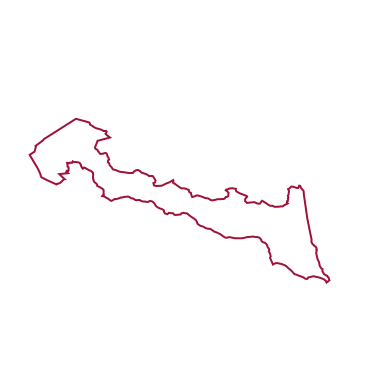 the district of San Miguel Amatlán, Oaxaca, Mexico, rotated 296°
{"feature_id": "50627088B29039475897325", "entity_name": "San Miguel Amatlán", "entity_type": "district", "adm_level": 2, "iso_a3": "MEX", "parent_name": "Mexico", "parent_adm1": "Oaxaca", "projection": "equal_earth", "projection_center": [-96.46, 17.2], "detail": "fine", "context": "isolated", "style": "outline", "palette": "rose", "viewbox_px": 384, "rotation_deg": 296, "n_neighbors": 0, "source": "geoboundaries", "source_scale": "gbopen_adm2", "svg_char_len": 5914}
<svg xmlns="http://www.w3.org/2000/svg" viewBox="0 0 384 384"><g transform="rotate(296 192 192)"><path d="M244.9,286.6L244.7,285.6L242.3,285.7L241.7,285.0L241.3,282.4L241.1,280.7L240.7,279.4L240.0,278.6L238.7,278.3L237.6,277.8L236.7,277.1L235.5,278.7L232.1,279.9L230.6,279.8L229.3,281.1L228.3,281.0L227.4,281.7L225.7,282.0L225.3,281.5L224.1,282.0L223.7,283.1L222.0,281.8L220.4,280.5L219.4,280.2L218.5,279.3L218.0,278.1L217.0,276.7L216.0,274.9L214.9,272.8L215.0,270.6L214.5,269.6L213.8,267.7L214.3,264.3L214.6,261.6L214.9,258.9L213.5,258.4L211.6,258.3L210.7,257.0L210.2,255.4L210.3,252.8L209.6,251.5L208.8,250.2L207.4,247.9L206.3,246.3L207.2,243.6L208.9,242.9L210.5,243.2L212.0,243.6L212.4,243.0L212.2,241.1L212.1,238.9L211.8,236.5L211.8,234.6L212.0,231.5L212.6,230.8L214.1,230.0L213.0,226.5L211.7,224.3L210.2,223.1L209.3,221.8L208.3,221.6L208.2,222.6L207.7,224.2L207.3,225.2L204.3,226.3L203.0,225.6L202.2,224.5L200.5,224.3L199.6,223.5L197.7,220.1L196.6,217.9L195.6,216.9L193.4,214.0L193.0,212.4L193.3,209.4L192.8,207.9L192.3,205.9L192.2,203.6L191.8,200.7L191.6,199.4L191.1,197.8L189.9,196.8L189.0,196.0L188.2,195.2L187.6,194.3L189.0,192.8L190.8,191.3L190.6,190.0L191.1,189.1L192.5,188.2L192.3,186.7L192.2,184.6L191.7,183.0L190.7,181.2L190.7,180.0L191.4,175.2L192.0,172.4L191.7,171.6L192.1,170.9L193.1,170.7L194.4,169.9L193.3,169.1L191.8,168.1L190.8,167.4L189.6,166.3L188.6,165.3L186.9,164.0L184.5,162.2L181.7,157.2L181.3,155.0L183.0,153.4L184.4,154.6L186.5,154.1L189.1,149.9L188.4,148.0L187.5,146.1L187.9,144.6L187.9,142.5L187.3,138.1L188.0,136.1L188.1,133.6L186.8,132.0L185.0,130.9L183.4,130.7L182.5,129.2L181.5,127.1L181.0,125.7L180.3,123.4L179.6,121.2L179.0,119.6L178.5,117.9L178.4,116.2L178.3,114.1L177.7,110.9L179.1,108.7L179.9,106.4L181.5,104.9L181.9,103.3L182.2,103.2L183.0,102.9L183.7,102.8L184.8,103.3L186.5,101.5L186.8,100.7L188.9,98.8L189.1,98.2L189.2,97.1L188.8,96.6L188.2,95.9L187.6,95.5L187.3,94.9L186.4,93.7L186.0,92.7L187.2,90.5L187.3,89.8L188.4,88.6L188.5,86.4L188.9,85.9L189.3,85.3L196.6,84.7L205.0,94.4L206.1,89.4L206.5,88.7L206.9,88.8L207.6,88.9L208.1,88.9L208.8,88.9L209.3,88.4L209.6,88.6L208.1,86.0L208.2,84.3L208.2,82.8L208.0,82.2L208.0,81.1L207.4,78.7L207.3,77.1L207.3,75.8L207.5,74.2L207.7,73.7L207.8,71.3L208.1,70.5L208.7,70.2L209.5,69.3L206.9,55.6L179.4,38.7L174.8,35.8L174.7,35.8L173.0,35.4L164.8,31.2L164.4,31.8L159.3,32.8L154.2,29.8L145.6,43.0L141.9,47.6L140.3,48.9L139.2,50.2L139.1,56.7L139.4,66.8L139.9,66.8L140.5,67.8L141.0,68.1L141.4,68.5L141.6,68.9L142.2,69.4L142.7,69.6L143.4,69.9L144.0,70.2L144.7,70.4L145.4,70.6L146.2,71.0L146.8,71.2L147.5,71.5L147.7,71.9L149.9,64.9L154.5,72.2L154.9,70.2L155.7,70.1L156.1,70.2L156.3,70.3L156.3,70.6L156.2,70.9L156.1,71.2L156.1,71.4L156.1,71.5L157.2,71.5L157.5,71.6L160.2,70.1L160.2,69.2L162.4,67.6L162.9,67.8L163.2,67.5L163.5,67.1L163.7,67.5L163.7,68.6L163.8,68.6L164.1,68.7L164.4,68.9L164.4,69.1L164.6,69.3L164.8,69.4L165.0,69.6L165.1,69.8L165.1,70.1L165.2,70.5L165.4,70.8L165.4,71.1L165.5,71.3L167.3,71.4L167.1,73.1L167.5,73.6L167.7,73.8L168.0,74.4L168.1,74.7L168.2,75.2L168.4,75.6L168.4,75.8L168.5,76.0L168.7,76.5L168.8,76.8L168.9,77.4L168.7,78.8L168.6,79.0L168.3,79.2L168.2,79.4L168.1,79.7L168.0,80.0L167.5,80.3L167.3,80.5L167.0,80.6L166.4,81.4L166.1,81.7L165.9,82.1L165.8,82.5L165.7,82.6L165.5,82.9L165.2,83.1L165.0,83.4L165.8,84.0L166.7,84.3L166.8,85.7L166.6,86.9L166.6,88.2L166.5,89.0L166.4,89.8L166.6,90.7L166.7,91.3L166.7,91.8L166.4,92.6L166.3,93.1L166.0,94.4L165.3,94.9L163.9,95.8L162.7,96.1L161.9,96.7L161.1,96.9L160.6,97.2L160.1,98.0L159.5,98.1L158.9,98.8L158.4,99.5L158.0,100.2L158.0,100.8L157.7,101.8L157.5,102.3L157.2,103.3L155.8,104.3L156.0,105.6L155.9,107.6L155.6,110.3L155.1,111.6L154.0,112.2L152.5,112.9L150.9,113.9L150.0,113.2L148.9,113.1L149.5,114.9L149.3,117.0L149.2,119.6L149.0,120.7L148.6,122.2L148.7,123.5L150.4,124.8L151.8,125.5L152.2,126.7L153.0,127.7L153.9,128.6L154.8,129.7L155.7,130.1L156.2,131.4L157.7,133.0L158.8,134.8L159.9,136.5L160.0,138.3L159.7,140.1L160.3,141.8L160.0,144.6L160.3,145.9L161.2,147.0L161.9,148.9L161.6,150.2L161.9,151.7L162.4,153.1L162.5,153.2L163.3,155.7L164.1,157.2L165.3,157.9L165.9,159.3L166.0,160.6L165.8,161.7L165.1,163.6L164.3,164.5L163.8,165.5L163.2,167.4L163.1,170.3L163.5,172.4L163.2,174.8L161.9,175.5L160.9,177.1L161.3,179.6L163.1,180.3L163.8,182.6L164.6,184.1L163.8,186.0L164.2,187.4L166.2,190.6L166.9,191.7L168.1,191.8L169.5,193.3L170.0,195.5L170.6,196.9L169.9,199.6L169.5,201.5L169.2,203.6L169.1,205.2L168.7,206.3L168.6,207.6L167.5,209.3L166.3,210.4L165.7,211.4L165.5,212.7L165.3,214.2L165.5,215.8L165.8,216.9L165.8,218.3L165.5,220.1L166.0,222.5L166.9,224.5L166.6,227.2L166.1,229.1L166.4,231.3L166.5,233.6L166.5,235.9L166.2,237.6L165.8,239.6L165.6,241.6L166.0,243.1L167.4,244.8L168.1,246.1L169.0,250.1L169.8,252.0L171.0,254.4L171.8,256.2L172.7,257.8L175.9,261.7L176.6,263.0L177.6,264.6L178.8,266.6L179.2,268.3L180.3,270.8L180.4,272.8L179.6,275.0L178.3,276.0L178.0,277.8L178.3,279.6L178.1,281.0L177.4,282.5L176.5,283.4L175.6,284.2L175.0,285.4L174.0,286.8L172.2,287.1L171.3,288.5L169.9,290.0L168.5,291.0L167.1,290.9L162.3,296.6L163.2,297.1L164.4,298.1L165.3,299.3L166.0,301.8L166.6,304.3L166.7,306.2L166.8,308.4L166.5,309.8L166.0,311.1L165.0,315.3L164.5,316.7L163.8,318.5L163.2,319.8L163.3,321.1L163.5,322.9L163.6,324.6L163.9,326.8L164.1,329.6L163.7,331.6L164.2,333.5L165.2,333.9L166.3,334.0L167.5,335.7L168.5,336.8L169.6,338.2L170.0,340.1L170.4,341.8L170.9,343.7L171.2,346.1L171.3,349.0L170.7,351.5L169.6,352.6L172.8,354.2L175.0,352.3L175.1,351.4L176.0,350.2L175.8,349.0L176.1,346.7L178.0,343.9L179.9,343.2L179.9,342.0L180.5,340.9L181.8,339.0L184.7,336.9L185.7,335.5L186.6,334.4L191.8,330.2L193.8,329.9L194.5,329.0L195.3,329.2L196.3,328.4L197.1,327.0L197.1,326.1L197.5,324.9L198.1,323.1L198.7,322.2L199.6,321.1L201.4,320.5L218.4,307.5L238.4,293.9L239.7,293.1L241.9,291.8L242.1,291.4L243.1,288.8L243.6,288.0L244.9,286.6Z" fill="none" stroke="#9f1239" stroke-width="2"/></g></svg>